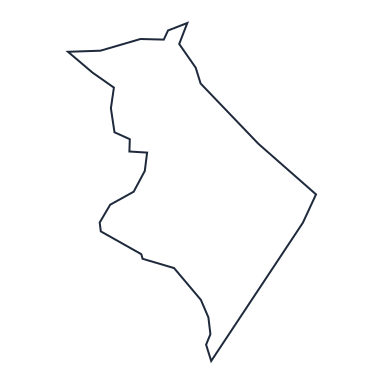 the district of Sequatchie, Tennessee, United States of America
{"feature_id": "52423323B29805691728262", "entity_name": "Sequatchie", "entity_type": "district", "adm_level": 2, "iso_a3": "USA", "parent_name": "United States of America", "parent_adm1": "Tennessee", "projection": "natural_earth1", "projection_center": [-85.465, 35.357], "detail": "fine", "context": "isolated", "style": "outline", "palette": "slate", "viewbox_px": 384, "rotation_deg": 0, "n_neighbors": 0, "source": "geoboundaries", "source_scale": "gbopen_adm2", "svg_char_len": 508}
<svg xmlns="http://www.w3.org/2000/svg" viewBox="0 0 384 384"><path d="M99.7,222.5L100.8,231.4L141.3,254.2L142.6,258.8L174.1,268.1L200.9,299.9L208.4,317.4L210.4,334.2L206.1,344.7L211.2,361.0L302.9,222.7L316.0,194.4L258.4,143.8L200.6,83.5L195.7,67.7L179.2,44.0L187.3,23.0L168.0,30.5L163.8,39.6L140.5,39.0L100.4,50.7L68.0,51.8L92.5,72.6L113.9,87.6L110.9,108.3L114.5,132.3L129.8,139.2L129.4,151.5L147.1,152.6L144.8,170.9L133.7,191.7L110.2,204.7L99.7,222.5Z" fill="none" stroke="#1e293b" stroke-width="2"/></svg>